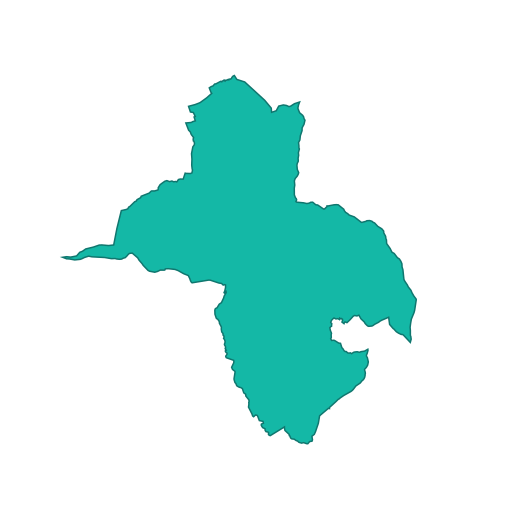 the district of Panaci, Suceava, Romania, rotated 24°
{"feature_id": "2599482B10170445838699", "entity_name": "Panaci", "entity_type": "district", "adm_level": 2, "iso_a3": "ROU", "parent_name": "Romania", "parent_adm1": "Suceava", "projection": "orthographic", "projection_center": [25.439, 47.202], "detail": "fine", "context": "isolated", "style": "filled", "palette": "teal", "viewbox_px": 512, "rotation_deg": 24, "n_neighbors": 0, "source": "geoboundaries", "source_scale": "gbopen_adm2", "svg_char_len": 6144}
<svg xmlns="http://www.w3.org/2000/svg" viewBox="0 0 512 512"><g transform="rotate(24 256 256)"><path d="M342.1,414.3L351.5,400.6L351.9,401.5L353.4,403.6L358.9,405.5L359.5,406.6L360.3,406.7L361.3,407.9L362.2,408.4L363.1,408.5L365.4,407.8L367.9,408.3L369.1,408.1L370.8,408.7L371.4,408.7L373.7,408.4L375.5,407.1L378.5,406.9L379.7,406.4L380.5,403.7L382.5,402.4L382.4,401.0L380.4,397.9L381.8,395.2L381.8,392.2L381.0,383.5L379.1,376.1L384.0,365.9L385.2,365.5L384.7,364.6L388.3,356.4L389.4,353.5L390.2,352.6L390.6,351.5L393.0,347.6L397.8,341.2L398.6,339.7L399.1,338.4L400.1,334.1L402.9,329.6L403.6,326.9L404.4,325.3L404.6,323.9L404.6,322.4L404.2,320.6L403.9,320.1L403.7,318.9L403.1,317.8L401.5,315.9L401.3,315.3L402.1,313.0L402.4,310.3L401.7,307.1L399.1,303.6L397.6,302.5L397.2,301.5L397.2,300.0L396.7,296.7L396.1,295.7L393.9,298.7L390.8,300.7L389.7,301.9L387.4,302.3L385.3,303.5L384.3,304.3L383.1,306.3L381.6,306.1L380.5,306.9L379.3,307.2L377.3,306.6L376.2,307.0L375.0,306.7L373.0,305.3L371.7,304.8L368.7,301.4L367.0,301.9L362.0,301.2L361.2,301.4L359.4,302.4L357.8,301.1L358.0,300.3L357.9,299.7L356.7,297.4L356.4,295.9L354.1,293.6L352.6,291.5L353.2,289.8L353.6,289.5L352.7,286.9L351.3,286.4L351.2,286.1L351.2,283.9L352.0,281.7L352.5,280.9L354.6,281.0L356.3,279.9L358.1,280.1L357.7,278.7L359.1,278.9L359.3,278.4L360.7,278.6L360.8,279.1L361.3,279.4L361.4,281.4L363.9,282.0L363.8,281.0L364.1,280.0L366.2,279.9L367.8,276.1L369.3,271.5L370.2,270.3L372.6,269.7L374.1,268.2L377.4,270.7L381.7,272.2L383.2,273.3L385.2,274.1L386.5,274.5L387.6,274.4L390.4,272.8L391.1,272.0L392.2,270.1L395.0,266.6L395.7,265.2L396.9,263.6L402.1,258.0L405.9,264.2L410.8,266.5L411.3,266.5L415.0,268.1L417.5,268.5L420.5,268.6L421.4,268.2L422.7,268.2L432.1,272.2L431.6,268.9L430.2,266.6L429.3,265.7L427.3,261.2L425.8,258.5L424.5,254.1L423.6,250.4L423.4,243.5L423.0,241.0L420.2,230.8L419.8,230.2L416.4,228.3L413.4,226.1L411.5,224.3L407.5,222.2L406.2,221.0L402.2,218.5L400.7,217.3L395.8,208.8L393.9,206.6L392.5,203.8L390.5,201.9L388.2,200.4L385.8,200.0L381.3,197.5L378.6,197.2L375.5,194.6L370.3,191.5L368.6,188.2L367.6,187.3L366.4,185.3L363.3,182.9L362.5,181.3L359.9,180.0L355.2,179.4L351.0,177.6L348.8,177.5L347.8,177.1L345.4,177.4L342.9,178.7L342.3,179.6L339.1,182.2L338.5,182.4L329.9,180.3L324.5,180.7L322.5,180.0L320.2,179.7L318.3,178.7L317.2,177.6L310.4,175.8L308.5,176.4L306.3,177.6L301.3,181.1L300.5,181.3L300.7,182.1L299.5,185.1L298.6,185.6L291.6,184.3L289.8,184.9L285.9,183.8L284.1,184.7L283.2,186.0L281.1,187.4L277.7,188.1L271.5,190.2L270.4,190.3L270.3,190.6L270.3,188.2L269.5,187.3L268.3,186.7L266.2,184.6L263.4,178.5L262.6,175.5L260.5,171.8L260.3,169.3L261.2,166.1L261.3,164.0L261.1,162.5L258.5,160.1L256.5,156.5L256.0,154.6L256.1,152.6L255.9,151.8L254.7,149.6L254.0,146.6L252.7,144.4L252.1,140.6L251.2,139.7L250.4,137.9L248.7,135.0L248.9,132.2L247.6,128.1L247.1,122.8L246.0,120.1L246.3,116.2L245.5,112.0L244.0,111.0L242.9,109.5L241.4,108.5L237.6,107.4L235.1,105.0L234.1,103.9L233.4,100.7L233.2,97.6L229.2,101.2L226.7,105.0L225.4,106.1L222.5,106.1L219.5,106.9L215.8,109.8L215.4,115.1L211.8,118.4L209.8,114.7L200.6,110.2L174.9,101.6L166.7,102.5L162.8,99.9L161.8,101.1L161.4,102.4L161.3,103.9L160.7,104.8L159.9,105.1L159.1,105.8L159.3,106.2L158.6,106.2L157.8,107.3L157.0,107.5L156.6,108.8L155.3,108.2L154.5,109.6L154.0,109.9L153.9,110.8L152.7,110.8L149.4,115.0L148.3,115.7L147.5,118.2L146.2,119.4L144.9,121.4L148.3,124.8L149.4,125.4L146.6,131.6L142.6,138.5L141.6,139.6L138.8,142.4L133.5,146.7L137.5,151.1L140.4,150.4L143.8,153.3L142.9,154.2L145.6,157.2L143.5,159.0L142.6,160.3L137.8,163.0L143.3,168.5L145.4,169.3L147.4,171.3L150.8,173.2L151.0,174.7L152.0,176.4L152.7,176.4L154.0,178.1L154.4,179.6L153.9,182.0L155.5,188.8L158.1,193.6L160.3,199.1L162.3,202.5L163.0,203.2L163.7,206.1L162.6,207.3L158.4,209.0L157.6,209.1L158.2,215.4L155.5,216.5L154.0,217.7L153.7,220.1L153.4,220.6L152.5,220.5L150.6,221.7L148.7,221.7L146.8,223.2L143.9,223.4L142.3,224.8L139.4,229.7L138.9,233.3L139.6,235.0L139.5,235.6L136.8,237.9L134.2,239.0L133.7,239.7L132.9,241.9L126.8,248.1L126.9,249.6L124.4,252.9L124.3,254.4L123.1,255.8L120.6,262.1L119.8,263.1L119.7,265.0L118.5,266.3L114.5,269.3L117.7,287.3L121.5,303.8L117.1,306.4L110.7,308.6L108.3,309.8L103.8,314.0L97.6,318.8L95.5,322.3L93.5,324.3L92.1,328.9L87.1,332.4L83.2,333.7L79.9,335.8L84.2,335.6L86.4,334.7L92.0,333.3L96.7,330.6L97.9,329.5L100.0,327.0L103.2,324.2L106.4,323.5L118.4,318.9L125.1,317.2L128.3,315.6L129.9,315.4L132.7,314.5L134.6,313.4L135.5,312.1L137.2,310.7L138.0,308.7L138.8,305.9L139.8,304.8L141.8,303.7L148.7,305.8L150.9,307.4L155.0,309.3L156.7,310.4L163.3,313.1L165.0,313.2L170.1,312.0L172.3,310.2L174.3,307.8L178.0,306.2L178.5,305.6L178.3,304.9L178.6,304.5L181.2,303.2L187.5,301.2L190.9,301.0L197.1,301.6L202.1,301.4L204.6,303.5L206.4,305.4L207.5,306.2L208.5,306.5L222.5,297.3L224.0,296.7L233.0,295.8L235.7,295.1L237.8,295.9L238.3,295.6L238.6,295.1L239.9,294.8L241.0,297.2L241.7,300.6L241.7,302.5L242.3,302.7L242.8,302.4L242.6,300.8L242.9,300.4L243.6,301.3L243.6,301.9L243.2,305.5L243.5,307.6L243.4,312.7L242.0,315.0L241.5,319.1L240.3,320.6L240.4,322.2L242.2,325.9L244.2,328.1L245.3,329.2L246.7,329.3L248.0,330.1L249.2,330.9L249.9,332.3L253.3,335.0L254.0,336.9L255.6,339.3L257.3,340.2L258.1,341.7L259.3,342.2L259.9,343.5L259.9,344.5L261.3,345.2L262.5,346.6L263.0,348.2L263.0,349.4L263.5,350.1L264.6,350.8L265.5,352.1L265.5,353.1L266.0,353.5L266.4,353.5L266.6,354.4L267.0,354.4L266.6,355.1L266.7,355.4L267.2,355.9L268.3,356.4L268.6,356.3L269.3,356.9L269.5,357.7L269.1,359.5L269.3,360.3L270.3,361.0L278.1,360.4L278.7,361.4L279.1,362.7L279.0,367.6L280.7,369.2L283.3,369.8L284.0,370.3L285.8,376.9L286.3,377.9L288.3,380.2L289.4,380.6L290.9,382.1L291.6,382.5L294.0,382.7L295.9,382.4L297.5,382.7L300.5,386.0L302.8,386.5L303.7,388.1L307.8,390.2L308.8,391.4L308.9,392.6L309.7,394.1L310.6,397.1L316.4,401.8L318.0,403.5L319.2,403.8L320.2,401.5L321.5,401.1L322.4,401.4L326.0,405.0L329.7,404.2L330.8,405.8L329.3,407.3L329.5,408.3L330.4,409.1L331.9,410.1L334.4,410.1L335.4,411.7L336.6,412.4L338.3,412.0L339.3,412.2L339.6,412.6L339.7,413.6L340.2,414.1L341.1,414.4L342.1,414.3Z" fill="#14b8a6" stroke="#0f766e" stroke-width="1.5"/></g></svg>